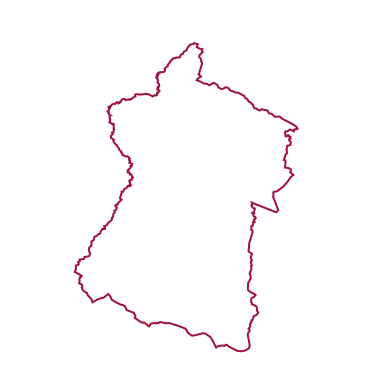 Nong Chang, Uthai Thani, Thailand (Equal Earth projection), rotated 110°
{"feature_id": "78962969B70686602107551", "entity_name": "Nong Chang", "entity_type": "district", "adm_level": 2, "iso_a3": "THA", "parent_name": "Thailand", "parent_adm1": "Uthai Thani", "projection": "equal_earth", "projection_center": [99.746, 15.368], "detail": "fine", "context": "isolated", "style": "outline", "palette": "rose", "viewbox_px": 384, "rotation_deg": 110, "n_neighbors": 0, "source": "geoboundaries", "source_scale": "gbopen_adm2", "svg_char_len": 6014}
<svg xmlns="http://www.w3.org/2000/svg" viewBox="0 0 384 384"><g transform="rotate(110 192 192)"><path d="M220.9,257.8L222.7,257.4L223.4,255.5L224.1,256.3L225.2,256.3L227.7,257.8L229.3,257.5L229.7,258.9L230.8,259.4L231.5,259.3L232.4,257.1L234.8,257.4L236.3,258.6L237.5,257.6L239.7,258.4L242.5,257.7L243.6,258.5L245.3,257.7L250.3,260.5L252.1,260.5L254.2,262.9L254.6,262.8L255.4,261.4L256.2,261.1L256.8,261.8L257.5,263.7L259.0,263.8L260.3,264.5L262.2,264.0L263.9,265.5L265.4,266.2L267.6,268.4L270.8,267.9L272.9,269.6L275.1,268.6L277.4,268.4L278.7,269.3L280.4,269.5L283.1,268.3L284.2,266.8L287.1,266.6L288.0,267.4L289.8,270.8L291.8,270.6L293.9,274.5L295.5,273.7L296.6,275.1L298.5,273.7L299.8,274.4L300.5,275.8L301.2,276.0L303.8,274.8L307.2,274.7L308.4,267.0L309.5,267.0L310.4,268.2L311.5,267.8L312.6,268.0L313.7,267.2L316.5,266.8L316.5,264.3L316.9,263.5L318.7,262.5L319.5,262.8L320.8,261.9L322.4,259.3L322.9,255.9L324.4,255.1L327.2,249.8L329.7,247.8L324.7,243.6L321.5,238.9L316.4,235.8L318.3,232.8L320.6,230.6L321.9,224.2L322.2,220.2L321.9,218.2L322.3,215.8L325.3,213.1L325.4,205.4L327.8,202.7L329.8,202.9L331.8,195.4L331.6,193.1L331.0,192.5L331.3,191.2L332.1,189.8L332.0,188.7L332.9,187.6L332.9,186.2L330.5,185.9L329.5,185.2L328.3,183.2L327.6,180.6L327.0,180.4L326.9,179.0L325.1,177.5L324.2,171.5L322.9,168.6L322.5,160.3L322.6,151.9L323.1,150.7L325.5,148.0L326.9,144.0L326.9,142.7L325.8,140.4L320.8,133.2L320.5,131.2L321.9,125.3L324.6,121.8L329.9,116.1L328.6,115.6L326.1,111.6L325.6,110.3L325.5,108.9L324.0,108.0L323.8,106.7L324.4,105.5L325.0,101.8L325.8,95.0L324.9,91.5L323.6,89.0L322.0,87.1L319.4,85.1L316.4,85.3L306.9,90.9L304.9,91.0L302.9,90.3L301.4,91.1L301.3,92.0L298.2,91.3L296.6,92.3L295.2,91.8L294.3,92.3L293.5,91.7L292.3,92.2L291.9,91.6L289.5,91.4L287.7,91.6L285.5,89.3L282.6,88.5L281.4,90.2L277.9,91.9L277.2,93.5L276.9,97.6L275.7,98.0L275.4,98.6L273.4,99.5L271.3,99.6L269.2,97.8L267.0,97.0L266.5,98.4L266.0,103.1L265.0,105.7L264.3,106.2L258.6,108.1L253.2,107.3L250.4,108.5L249.2,109.9L243.6,109.9L241.5,111.2L240.5,110.6L237.5,112.9L235.9,112.2L233.7,114.4L229.6,114.6L228.5,118.5L220.5,120.7L208.8,121.4L207.8,122.0L207.0,123.6L206.7,123.4L204.3,124.6L203.3,123.7L202.5,123.9L202.0,123.4L200.4,123.7L199.7,124.4L199.2,124.2L198.8,123.3L198.3,124.2L197.3,123.6L196.4,124.3L195.6,123.4L194.5,123.2L193.7,124.3L193.8,125.5L193.3,126.2L192.1,126.8L191.2,126.4L191.0,128.1L189.7,126.8L186.1,127.3L186.1,128.7L185.4,130.5L183.9,131.7L183.1,131.1L181.5,132.3L182.3,106.9L182.0,105.6L179.4,104.8L168.7,114.2L167.3,114.3L164.5,115.5L163.9,115.1L162.3,112.4L156.1,108.3L150.5,106.0L144.0,104.2L141.3,102.5L139.9,106.5L138.3,106.3L136.9,106.9L136.5,109.2L137.2,113.0L131.7,114.4L130.4,115.2L130.4,116.7L124.2,116.7L123.2,116.0L121.5,116.6L120.1,117.8L119.6,117.5L116.6,118.4L115.7,118.2L115.2,116.8L114.0,115.6L111.4,116.2L109.8,118.8L108.8,118.6L108.0,117.7L107.4,118.5L106.4,118.5L106.3,119.8L105.7,120.3L105.6,120.9L106.1,121.5L106.6,121.0L106.6,122.0L107.7,122.5L107.6,123.2L104.7,124.8L103.1,124.9L102.4,123.2L100.0,121.5L99.7,120.9L100.1,119.2L99.7,118.1L100.2,117.0L99.5,116.9L98.9,117.4L98.1,117.2L97.1,115.0L96.3,114.5L94.8,116.6L93.7,121.5L92.5,131.3L91.9,133.7L91.4,134.2L91.1,135.5L93.0,139.8L92.1,142.3L91.4,143.0L91.6,146.8L90.0,148.3L89.6,149.3L90.2,152.3L90.2,154.7L92.4,156.5L92.3,158.6L91.5,159.7L91.9,162.2L88.8,165.0L88.7,166.3L87.9,167.3L87.7,169.7L85.5,172.1L85.4,174.4L84.0,175.4L82.9,182.1L83.8,186.3L83.3,187.7L83.6,190.6L81.7,193.7L82.2,196.4L84.3,198.0L85.1,199.8L84.7,202.9L82.6,205.0L82.0,209.0L85.8,212.2L85.2,215.3L86.0,217.5L85.4,221.3L85.3,225.9L83.5,225.4L80.4,223.0L79.3,226.0L78.2,225.6L77.1,226.0L67.8,226.5L66.9,227.0L66.1,228.2L65.3,228.0L64.0,229.1L62.7,231.3L62.2,231.6L60.1,231.5L56.8,229.8L56.6,230.5L55.5,231.2L54.3,231.1L54.7,234.2L54.2,237.1L51.2,237.0L51.1,237.4L51.5,239.2L51.1,240.8L52.9,241.8L53.9,244.0L58.0,245.5L61.0,245.7L62.9,247.6L65.3,247.8L67.0,249.5L69.8,249.6L70.7,252.1L72.5,254.3L72.9,255.6L75.0,256.2L76.3,257.3L77.4,256.9L81.0,258.4L82.0,257.8L85.0,259.9L85.8,259.7L86.4,259.0L87.9,258.9L89.0,259.9L90.4,263.0L91.2,263.1L91.0,264.1L92.2,264.8L93.0,264.1L93.6,264.9L94.0,264.1L94.6,264.6L95.6,263.7L96.0,264.1L96.0,264.9L96.4,264.9L97.2,264.2L97.7,262.8L98.7,262.1L100.7,262.1L102.0,259.9L103.6,259.0L104.4,259.1L104.9,259.9L105.6,259.4L106.3,260.0L106.8,259.4L107.5,259.6L107.5,258.3L108.0,257.1L109.8,257.8L110.0,258.4L111.1,258.1L111.5,258.7L113.1,258.1L113.9,259.4L113.9,260.4L115.7,261.6L115.0,265.8L115.6,269.2L116.4,270.3L118.5,274.8L118.7,276.7L119.5,278.3L120.3,278.8L121.6,277.9L123.4,279.7L125.3,280.7L125.8,281.7L126.6,282.0L126.4,282.7L128.4,286.0L127.6,287.3L128.1,288.6L129.7,289.7L132.0,289.8L132.1,290.8L133.4,290.8L134.0,291.6L133.2,292.5L133.3,293.4L135.6,294.4L135.7,295.4L137.2,297.1L139.0,297.7L139.2,298.3L139.9,298.1L140.3,298.9L140.6,298.2L141.2,298.8L141.5,298.2L142.0,298.4L142.8,297.9L143.8,298.2L144.7,297.9L145.1,298.7L145.8,297.4L146.4,297.7L147.2,296.3L148.0,295.9L148.0,294.8L148.5,295.3L150.0,295.1L151.6,293.7L152.3,294.0L153.4,293.1L154.8,293.4L155.4,290.6L155.0,290.1L154.9,288.9L156.0,288.9L156.5,288.1L159.2,287.4L159.9,286.4L160.6,286.8L162.9,286.2L163.5,287.5L165.0,286.3L166.1,287.1L167.4,287.2L168.9,286.6L168.9,285.4L169.8,284.0L169.7,283.2L171.0,283.3L171.8,282.7L173.2,280.3L173.8,278.5L175.1,277.4L176.1,275.4L177.3,275.0L178.0,272.3L179.2,272.0L179.6,270.7L181.1,270.0L180.8,268.6L181.3,267.5L181.3,266.0L180.5,264.9L180.6,264.2L181.2,262.9L182.0,262.6L182.0,261.8L183.1,262.1L183.7,261.7L183.7,261.0L185.9,260.9L185.6,259.8L186.0,259.2L186.0,257.9L188.3,257.6L188.6,258.7L190.0,258.0L193.5,259.8L194.8,259.6L195.5,258.9L194.7,258.4L195.5,258.0L195.7,256.6L196.6,256.3L196.1,255.6L197.8,253.4L198.8,253.4L198.8,252.6L200.6,253.2L201.4,253.0L201.5,253.8L202.0,254.5L203.5,254.6L204.2,253.4L205.6,253.1L206.2,251.9L207.5,253.6L207.9,252.7L209.0,254.6L210.6,254.8L212.4,256.7L215.2,256.8L215.7,258.2L216.4,257.7L218.3,258.0L219.1,257.5L220.9,257.8Z" fill="none" stroke="#9f1239" stroke-width="2"/></g></svg>